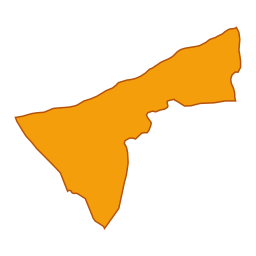 Ras Al Ain, Hasaka (Al Haksa), Syria (Albers equal-area conic projection)
{"feature_id": "27442178B16567144851356", "entity_name": "Ras Al Ain", "entity_type": "district", "adm_level": 2, "iso_a3": "SYR", "parent_name": "Syria", "parent_adm1": "Hasaka (Al Haksa)", "projection": "albers", "projection_center": [39.989, 36.654], "detail": "fine", "context": "isolated", "style": "filled", "palette": "amber", "viewbox_px": 256, "rotation_deg": 0, "n_neighbors": 0, "source": "geoboundaries", "source_scale": "gbopen_adm2", "svg_char_len": 3049}
<svg xmlns="http://www.w3.org/2000/svg" viewBox="0 0 256 256"><path d="M235.6,100.9L235.5,100.5L234.8,97.8L234.7,93.1L233.5,88.4L231.2,83.1L230.7,79.2L231.4,76.9L232.0,75.0L235.1,72.1L238.1,72.1L239.5,69.4L240.6,67.2L240.6,61.2L239.5,53.5L238.9,50.0L239.2,46.6L239.8,39.4L239.1,34.1L238.8,32.2L238.4,31.4L236.4,27.5L236.0,27.8L234.4,28.4L233.9,28.6L230.4,28.9L228.1,29.7L225.1,31.7L224.7,31.9L223.0,33.5L222.3,34.0L217.2,36.4L215.4,37.5L210.7,39.1L209.6,39.5L206.1,42.3L199.7,45.6L197.3,46.2L192.1,47.1L191.9,47.1L184.8,48.3L181.3,49.4L180.7,49.6L177.5,51.6L177.3,51.8L175.9,53.2L174.3,54.9L173.5,55.7L171.5,57.2L170.1,58.0L169.5,58.3L168.6,58.8L167.9,59.2L166.2,59.9L163.4,61.1L162.3,61.7L161.0,62.2L160.9,62.3L155.4,66.0L152.5,68.0L149.3,69.4L148.6,70.1L145.4,73.1L144.5,73.7L142.6,74.9L142.3,75.1L141.7,75.5L140.1,76.5L139.6,76.7L135.6,78.4L135.3,78.6L134.5,78.7L133.6,78.9L131.3,79.5L126.8,80.1L123.9,81.0L120.8,81.9L118.7,82.6L117.7,83.3L117.5,83.5L117.4,83.6L116.2,85.1L115.2,85.9L114.0,86.8L112.5,88.0L112.3,88.1L109.6,89.2L108.2,89.8L106.7,90.4L106.5,90.5L106.3,90.6L106.1,90.7L104.7,91.5L103.3,92.4L103.0,92.6L101.5,93.5L96.8,96.3L93.7,97.6L90.7,98.9L83.9,101.0L81.6,102.4L80.1,103.3L79.3,103.8L77.8,104.7L76.5,105.3L75.3,105.8L73.5,106.2L72.0,106.5L70.9,106.8L69.2,107.1L54.2,108.3L53.4,108.5L52.3,108.8L49.1,110.2L46.4,111.3L45.4,111.7L45.0,111.8L43.9,112.3L42.1,112.4L38.3,112.7L37.1,112.8L35.1,113.1L34.3,113.2L32.3,113.5L31.8,113.6L25.8,115.3L22.8,116.2L19.3,116.8L15.7,117.4L15.4,117.4L16.9,121.4L22.3,130.3L26.0,136.1L31.7,142.3L36.7,148.6L44.7,156.6L49.0,161.0L55.3,167.4L60.4,172.9L67.6,191.2L67.8,191.0L67.8,190.9L68.0,190.8L68.1,190.7L68.3,190.7L68.5,190.5L68.8,190.4L69.0,190.4L69.3,190.4L69.5,190.4L69.8,190.4L70.0,190.5L70.3,190.5L70.5,190.7L70.7,190.8L70.8,190.9L70.9,191.0L71.0,191.0L71.2,191.3L71.2,191.5L71.3,191.5L71.4,191.8L71.5,191.9L71.5,192.0L71.8,192.3L71.9,192.5L72.0,192.5L72.3,192.7L72.3,192.8L72.5,192.9L72.6,193.0L72.8,193.1L73.0,193.2L73.2,193.3L73.3,193.3L73.5,193.3L73.8,193.4L74.0,193.4L74.3,193.4L74.5,193.4L74.8,193.4L75.0,193.4L75.3,193.3L75.5,193.2L75.8,193.2L75.9,193.3L76.0,193.3L76.3,193.3L76.5,193.3L76.8,193.4L76.9,193.5L77.0,193.5L77.3,193.6L77.5,193.7L77.7,193.8L77.8,193.8L84.5,198.1L85.1,198.5L85.3,198.6L93.4,218.6L95.4,221.2L101.5,225.0L103.7,226.6L104.5,228.5L105.7,226.8L106.5,225.7L115.9,212.5L116.4,211.8L118.8,208.3L124.0,184.2L124.5,182.0L125.8,177.1L126.5,174.1L127.8,165.3L128.1,162.5L128.0,160.6L127.6,152.7L126.5,147.5L124.3,143.3L125.1,140.6L129.6,138.1L132.9,138.1L135.4,139.0L136.0,138.5L138.1,136.6L140.9,133.8L141.5,133.3L143.9,132.7L147.2,132.7L148.5,130.9L149.0,130.1L150.9,125.1L151.2,122.6L147.8,117.9L146.5,115.2L147.7,112.7L152.4,111.2L155.8,111.8L158.9,110.5L159.6,110.2L160.9,109.9L164.6,109.1L167.4,107.4L167.9,105.9L167.2,103.2L167.1,101.7L167.6,101.1L169.8,100.3L170.2,100.2L170.7,100.1L174.3,99.3L174.7,100.1L178.2,102.0L182.1,104.5L184.6,106.0L190.8,105.8L200.2,103.4L214.1,102.8L225.5,100.9L235.6,100.9Z" fill="#f59e0b" stroke="#b45309" stroke-width="1.5"/></svg>